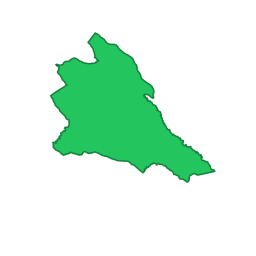 Luziânia, Goiás, Brazil, rotated 306°
{"feature_id": "56859067B22325877983857", "entity_name": "Luziânia", "entity_type": "district", "adm_level": 2, "iso_a3": "BRA", "parent_name": "Brazil", "parent_adm1": "Goiás", "projection": "equal_earth", "projection_center": [-47.986, -16.555], "detail": "fine", "context": "isolated", "style": "filled", "palette": "green", "viewbox_px": 256, "rotation_deg": 306, "n_neighbors": 0, "source": "geoboundaries", "source_scale": "gbopen_adm2", "svg_char_len": 5859}
<svg xmlns="http://www.w3.org/2000/svg" viewBox="0 0 256 256"><g transform="rotate(306 128 128)"><path d="M72.2,75.8L71.9,76.5L71.2,76.7L70.7,77.5L70.0,77.8L69.7,78.3L68.9,78.5L68.4,79.0L67.8,82.3L68.1,83.6L68.1,84.6L68.4,85.5L68.7,86.6L68.3,87.5L68.1,89.1L68.1,90.1L67.9,91.4L68.2,92.0L69.2,92.4L69.6,93.0L70.3,93.0L72.3,95.0L72.7,95.1L73.4,95.7L73.9,95.4L74.6,95.5L75.2,98.8L75.6,99.6L76.2,100.1L76.5,101.0L76.5,102.0L77.1,103.2L77.3,104.3L78.2,105.3L79.7,106.4L81.0,106.1L81.9,106.1L82.7,106.2L83.2,106.6L83.8,107.6L84.0,110.2L84.5,111.3L85.4,112.0L85.8,112.8L88.9,115.0L89.4,115.7L90.2,119.3L90.7,122.7L91.6,125.8L92.8,128.4L93.5,132.6L95.0,136.9L95.2,138.2L96.6,140.6L98.3,143.0L98.7,144.1L100.5,146.5L101.1,148.0L101.3,149.4L100.6,152.3L101.0,153.0L101.4,154.2L101.4,155.6L100.5,166.2L101.2,166.8L102.0,166.6L102.6,166.8L103.1,166.3L103.6,166.1L104.0,165.8L104.3,166.4L104.8,165.9L105.4,166.4L106.0,166.5L106.4,166.2L106.8,166.6L107.3,165.8L107.9,166.6L108.2,167.6L109.4,167.4L109.9,167.8L110.6,168.0L111.9,167.8L113.6,169.2L114.8,169.2L115.4,171.4L115.0,173.0L117.0,173.5L117.3,175.0L118.1,176.0L118.6,177.2L118.7,178.0L118.5,178.8L118.6,179.5L119.4,180.1L119.4,180.7L119.1,181.3L119.1,182.0L118.7,182.5L118.6,183.2L118.8,184.0L118.6,184.6L118.8,185.4L118.3,187.1L118.9,187.9L119.0,189.5L118.0,191.6L117.4,192.4L117.9,192.8L118.5,195.9L119.0,197.3L118.0,198.2L117.3,199.7L118.0,201.3L118.7,202.3L119.0,203.2L118.9,204.3L119.3,205.0L119.0,205.7L119.0,206.6L118.9,207.3L119.2,207.8L120.3,208.3L120.9,208.3L121.4,208.0L122.8,207.6L123.2,206.9L125.8,206.0L126.6,206.3L127.3,207.0L128.2,207.2L130.1,208.4L130.4,208.9L130.6,209.7L130.4,210.5L130.6,211.3L131.3,212.5L143.0,222.9L144.0,223.5L144.5,222.0L143.9,221.3L143.7,219.5L143.9,218.9L144.6,217.8L145.2,217.2L145.6,216.6L146.1,214.7L147.1,212.8L147.1,211.8L146.2,210.4L146.6,209.4L146.2,208.6L146.1,208.0L145.6,207.2L145.5,206.6L146.8,204.8L147.5,205.4L148.2,205.1L148.0,203.9L148.6,203.5L149.2,202.8L148.9,202.4L148.3,202.2L147.8,201.0L148.9,200.1L148.9,199.2L149.3,197.8L148.6,197.7L148.0,197.8L148.2,197.0L148.8,196.7L148.6,195.9L148.7,195.1L148.5,193.9L148.1,193.4L148.8,192.1L148.7,191.3L149.1,190.1L149.8,189.7L149.3,189.1L148.5,189.0L148.0,188.4L148.1,187.5L147.7,187.1L147.3,186.1L147.8,185.6L148.3,185.4L148.7,184.6L148.1,184.2L147.1,184.2L146.6,183.2L146.8,182.4L147.6,181.5L147.2,181.0L147.7,180.7L149.1,181.1L150.2,180.2L150.1,179.4L149.2,178.1L149.4,177.0L150.2,176.9L150.5,176.2L150.0,175.7L149.8,174.9L149.8,174.0L150.3,173.4L150.1,172.6L149.7,172.2L149.5,171.5L149.5,170.9L149.2,170.0L149.4,169.3L149.7,168.6L149.2,168.0L148.6,168.0L149.6,165.1L149.3,164.7L149.6,164.1L150.4,163.8L150.4,163.0L151.0,162.5L150.4,162.2L150.1,161.7L150.6,160.3L150.3,159.9L150.6,159.3L151.4,158.4L151.7,157.1L152.4,155.9L152.3,154.8L153.3,154.6L153.0,153.8L153.3,153.0L153.7,152.5L154.4,152.3L154.4,151.5L154.7,150.9L155.6,150.1L156.1,149.9L156.0,149.0L156.4,148.6L156.9,147.2L157.3,147.6L157.9,147.5L158.7,146.5L159.9,144.8L159.9,144.1L159.6,142.8L159.6,142.2L160.0,141.9L159.5,141.2L160.4,140.9L160.8,140.0L161.3,139.8L161.3,138.5L161.9,138.2L162.2,137.7L162.2,136.5L162.1,135.9L161.6,135.4L161.6,134.6L161.7,134.0L162.4,133.0L162.6,131.9L162.5,131.1L162.8,130.1L161.7,128.8L162.2,128.8L162.5,128.1L161.9,127.1L162.2,126.5L162.9,126.5L163.4,126.0L162.7,125.5L162.7,124.6L163.2,124.4L163.5,123.8L163.8,123.2L163.7,122.6L162.9,122.7L163.7,121.5L164.2,121.9L164.7,121.6L165.6,122.5L166.1,123.3L166.2,124.0L166.8,124.5L166.7,127.1L166.4,128.7L166.7,129.3L166.6,130.1L166.9,130.8L167.8,130.9L168.1,130.2L168.8,129.7L169.0,129.1L170.1,128.5L170.8,128.3L171.3,128.4L173.5,126.9L174.2,125.9L174.9,124.1L175.5,123.7L175.6,122.7L176.0,120.6L175.7,117.5L175.7,113.5L175.9,110.3L176.9,108.4L177.4,108.1L178.5,106.5L179.2,104.8L179.2,104.1L179.6,103.7L179.8,102.5L180.3,101.9L180.8,100.9L182.3,99.7L183.6,98.2L184.0,97.4L183.9,96.7L184.9,93.9L185.4,93.7L185.7,92.9L186.9,91.1L186.9,90.3L187.2,89.2L187.0,88.3L187.0,86.1L186.4,81.5L186.5,80.8L186.3,79.8L186.3,78.7L186.5,78.1L186.6,77.0L186.4,76.4L186.7,75.3L186.7,74.3L187.2,72.8L187.7,72.1L187.9,71.1L188.2,70.3L187.7,67.9L187.3,67.2L186.8,66.9L185.0,63.9L184.4,61.7L184.5,60.3L184.8,59.4L185.0,58.4L185.8,56.3L185.6,55.4L185.7,54.8L185.4,53.5L185.3,52.5L185.9,50.6L186.0,48.1L185.5,45.6L173.8,45.4L173.6,46.5L173.3,48.6L173.1,49.1L172.7,49.5L171.6,53.1L170.1,54.8L169.4,56.4L167.8,57.6L167.0,59.1L165.3,59.5L165.6,60.3L165.8,61.8L165.1,62.2L164.9,62.7L164.8,63.3L165.3,64.2L164.8,64.7L164.1,64.1L162.2,63.2L161.8,63.6L160.3,62.4L160.1,61.9L159.1,60.9L158.7,60.3L157.4,59.3L156.4,57.4L155.9,56.6L155.7,55.8L155.3,55.4L154.6,53.7L154.5,52.2L154.2,50.7L153.8,49.9L153.6,48.8L153.9,47.9L153.8,45.9L153.6,44.8L152.9,43.2L150.7,41.9L149.5,41.7L149.1,41.3L148.7,41.7L147.9,41.3L145.8,39.3L145.5,38.7L144.3,38.0L143.0,37.6L142.2,37.6L141.3,38.1L140.5,37.7L140.2,37.2L139.6,37.0L139.1,36.5L138.4,35.4L137.9,33.5L137.5,32.8L137.0,32.5L136.5,34.0L137.2,36.1L136.4,36.8L135.9,36.7L135.3,36.9L134.9,37.5L134.4,37.7L132.2,37.9L131.4,38.6L131.1,39.5L130.8,42.1L130.3,43.5L130.0,44.1L129.5,44.5L129.3,45.1L128.9,45.6L128.3,47.3L128.2,49.2L127.1,51.8L126.8,53.3L114.3,48.3L108.8,46.5L107.7,48.1L107.5,48.7L107.6,49.5L107.3,50.2L105.7,52.2L105.0,54.1L103.8,55.5L103.1,58.9L103.0,61.2L102.0,62.3L101.4,64.1L101.4,65.2L101.1,66.1L101.1,67.1L100.8,68.2L100.9,69.2L100.2,70.9L99.2,72.7L99.3,74.5L99.8,75.0L99.9,75.6L99.6,76.2L98.5,76.4L97.9,77.5L97.4,77.4L96.5,78.5L95.4,78.5L94.8,78.7L94.3,78.7L93.5,79.0L92.9,78.6L92.6,78.0L91.5,76.8L90.5,76.7L90.1,78.4L88.8,79.0L88.3,78.7L88.2,77.8L87.1,77.5L86.3,77.7L84.5,76.6L83.4,77.5L83.0,78.1L82.3,78.2L81.1,77.4L80.6,77.4L80.0,77.6L79.8,78.7L79.5,79.4L79.0,79.2L78.6,78.3L77.6,77.6L76.9,77.7L76.2,78.4L75.8,78.2L74.8,77.3L74.1,78.4L73.3,78.5L73.2,77.4L73.0,76.8L72.6,76.1L72.2,75.8Z" fill="#22c55e" stroke="#15803d" stroke-width="1.5"/></g></svg>